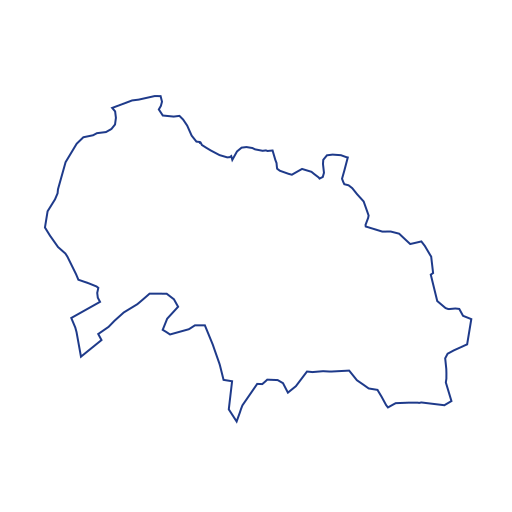 Nebro, Ad Daqahliyah, Egypt (orthographic projection), rotated 263°
{"feature_id": "37247803B57477737935705", "entity_name": "Nebro", "entity_type": "district", "adm_level": 2, "iso_a3": "EGY", "parent_name": "Egypt", "parent_adm1": "Ad Daqahliyah", "projection": "orthographic", "projection_center": [31.299, 31.129], "detail": "fine", "context": "isolated", "style": "outline", "palette": "blue", "viewbox_px": 512, "rotation_deg": 263, "n_neighbors": 0, "source": "geoboundaries", "source_scale": "gbopen_adm2", "svg_char_len": 2749}
<svg xmlns="http://www.w3.org/2000/svg" viewBox="0 0 512 512"><g transform="rotate(263 256 256)"><path d="M177.4,70.0L178.1,71.1L191.4,92.4L197.8,89.9L203.6,101.0L209.0,107.7L216.1,117.9L222.6,132.3L224.4,135.1L228.6,141.4L231.6,145.8L230.2,156.9L229.4,162.8L228.8,163.4L223.0,169.3L222.2,169.6L215.1,172.5L214.6,171.9L204.6,160.2L194.8,154.8L194.1,154.4L191.5,157.7L188.6,161.1L190.3,172.4L191.5,180.4L192.0,181.5L194.6,186.9L193.4,196.8L173.3,202.3L168.6,203.3L153.5,206.6L151.7,206.9L137.0,208.7L134.6,217.0L113.7,211.9L107.1,210.3L94.1,216.6L102.6,220.9L106.0,222.5L109.4,224.3L128.9,241.6L128.1,246.6L130.1,249.6L131.9,252.1L130.2,262.4L126.5,267.3L116.5,271.0L121.9,279.7L135.1,292.5L134.8,294.0L133.9,297.9L133.5,308.6L132.3,315.2L132.1,316.9L132.0,318.7L130.9,334.5L120.4,341.0L115.0,347.1L110.8,351.7L109.6,355.8L108.3,360.3L107.5,360.6L101.0,363.5L92.1,367.0L89.6,368.5L91.6,373.4L92.9,376.7L91.8,389.9L90.7,398.6L90.3,400.1L90.5,402.2L85.0,424.5L84.9,424.7L88.2,432.3L107.4,429.0L111.0,430.0L116.4,430.7L120.6,431.1L125.6,431.2L131.4,431.3L135.7,434.3L136.2,435.7L138.2,440.8L142.6,454.8L167.1,462.0L171.4,454.2L178.7,451.3L179.2,449.2L179.6,447.5L179.8,441.1L180.0,440.2L181.2,437.8L189.2,430.4L216.2,427.2L217.5,429.7L234.1,429.8L235.5,429.1L245.4,424.8L250.3,421.9L249.5,414.5L249.1,410.5L253.6,406.7L260.7,400.8L263.9,392.6L264.8,384.4L271.9,368.5L273.5,368.5L276.8,370.2L280.0,371.9L282.4,372.7L286.2,371.9L297.0,369.5L305.1,363.8L311.6,359.8L312.8,358.6L314.9,356.5L316.5,352.4L318.9,351.6L322.2,350.8L330.3,354.2L342.6,359.1L343.2,357.5L345.7,352.6L347.3,344.4L347.3,338.7L343.3,334.5L339.2,333.7L330.3,333.6L326.3,331.9L325.1,328.5L326.3,327.8L330.3,323.7L332.8,321.3L336.8,312.3L334.0,305.5L332.6,302.2L332.3,301.5L333.6,298.3L336.1,293.3L337.7,290.1L339.0,288.7L340.1,287.6L342.5,287.6L345.8,287.7L349.0,286.9L358.7,285.3L358.8,282.0L358.8,281.2L358.8,280.3L359.6,278.7L359.6,275.4L362.0,268.0L363.6,265.6L365.3,259.8L365.3,254.9L362.1,249.9L354.3,244.2L358.2,243.6L357.3,242.0L357.4,239.5L360.6,232.1L366.3,223.9L369.5,219.8L372.8,215.8L375.2,214.9L375.2,214.1L376.0,214.1L376.8,210.8L383.3,206.8L393.8,203.6L400.3,200.3L404.4,197.1L404.4,191.3L406.8,180.6L411.7,178.2L413.3,177.4L416.6,179.9L420.6,181.5L426.3,180.8L427.1,175.0L425.5,158.6L425.5,152.0L420.5,131.3L416.7,133.8L410.2,133.8L403.7,132.1L399.7,128.0L397.3,122.2L397.3,113.1L395.7,109.0L394.9,99.1L389.3,91.7L372.3,78.4L370.8,77.8L346.4,67.6L342.4,66.7L336.7,63.4L325.8,54.6L310.0,50.0L301.1,54.1L299.3,55.1L289.0,60.6L284.5,64.6L281.7,67.1L278.4,68.7L259.8,75.2L254.1,76.8L249.3,86.6L245.2,94.0L243.6,95.6L238.7,93.9L233.9,93.9L229.5,95.6L217.0,65.1L215.9,65.4L207.1,67.9L203.0,68.5L202.2,68.6L177.4,70.0Z" fill="none" stroke="#1e3a8a" stroke-width="2"/></g></svg>